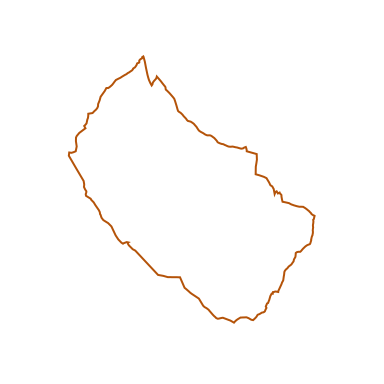 Iacobeni, Suceava, Romania, rotated 59°
{"feature_id": "2599482B55221008009408", "entity_name": "Iacobeni", "entity_type": "district", "adm_level": 2, "iso_a3": "ROU", "parent_name": "Romania", "parent_adm1": "Suceava", "projection": "natural_earth1", "projection_center": [25.302, 47.433], "detail": "fine", "context": "isolated", "style": "outline", "palette": "amber", "viewbox_px": 384, "rotation_deg": 59, "n_neighbors": 0, "source": "geoboundaries", "source_scale": "gbopen_adm2", "svg_char_len": 5211}
<svg xmlns="http://www.w3.org/2000/svg" viewBox="0 0 384 384"><g transform="rotate(59 192 192)"><path d="M94.9,276.9L95.2,277.1L96.2,277.9L97.5,278.9L112.1,279.1L126.7,279.2L129.8,280.4L130.7,281.0L131.3,281.4L132.0,282.0L132.9,282.1L134.8,282.3L136.5,282.2L137.0,282.2L138.0,282.9L139.1,284.2L140.7,284.8L145.6,282.3L146.8,282.4L150.3,281.6L152.0,281.6L153.3,281.6L159.5,281.2L161.7,281.4L163.7,282.2L164.4,282.1L167.4,282.8L170.3,282.5L171.6,281.9L175.5,279.9L180.0,278.8L189.9,279.8L192.2,279.7L194.7,279.6L199.1,278.6L200.7,277.8L200.6,277.5L201.3,273.8L202.2,272.8L202.4,272.6L202.4,273.3L203.6,273.6L205.2,273.6L207.2,273.1L208.4,272.8L210.5,272.3L211.5,271.7L213.0,270.8L245.6,263.8L249.1,259.8L252.5,256.6L258.9,246.2L270.3,247.7L271.9,247.1L275.6,245.9L277.1,245.5L278.9,244.8L286.9,241.0L295.3,241.0L297.1,240.5L299.0,239.4L301.5,238.4L302.5,238.3L307.7,237.4L309.5,237.0L310.5,236.7L311.3,236.4L312.2,236.3L312.9,235.9L313.9,235.2L314.4,234.1L314.5,233.6L315.2,231.5L315.7,230.3L321.0,226.1L322.0,225.3L325.6,223.3L325.2,222.1L324.7,219.9L324.6,217.9L324.6,215.1L327.5,209.8L329.4,208.4L332.0,207.0L333.3,205.6L332.8,203.2L332.3,201.4L331.9,200.5L331.2,199.3L331.1,198.7L331.3,197.7L331.4,197.1L331.4,196.6L331.4,195.4L331.4,194.7L331.4,194.1L331.9,192.9L331.9,192.3L332.0,191.7L331.7,190.8L331.1,190.1L330.6,189.4L329.8,188.0L329.5,187.8L329.2,187.8L328.9,187.8L328.5,187.8L328.1,187.7L327.5,186.8L326.8,185.9L326.3,185.2L326.2,185.0L326.2,184.5L326.3,183.9L324.8,182.1L324.6,181.7L321.5,178.4L320.1,176.0L320.8,175.2L320.1,174.6L319.5,174.1L319.9,173.3L320.0,172.5L320.4,171.5L321.3,170.5L322.1,169.6L321.3,169.0L320.3,167.5L319.9,166.9L317.6,163.5L316.8,162.4L316.0,161.5L315.1,159.9L314.7,159.3L311.5,156.7L310.5,155.8L308.8,154.5L308.2,154.1L307.8,153.6L307.5,153.2L306.8,151.5L306.5,149.6L305.7,147.6L305.6,146.8L305.4,144.8L305.2,143.9L304.4,142.2L303.8,140.7L302.8,139.8L302.3,139.3L301.4,137.7L300.9,136.8L299.9,136.0L298.8,135.2L298.3,134.9L297.7,134.4L297.6,132.9L298.1,131.5L299.0,130.0L298.8,129.0L298.4,127.9L297.8,126.1L297.1,123.1L297.0,122.3L296.9,120.6L297.2,118.8L297.4,117.9L297.0,117.2L296.5,116.5L296.1,116.2L295.1,115.0L294.5,114.5L294.3,114.5L292.3,112.6L291.6,111.8L291.3,111.2L290.7,110.7L289.4,109.5L288.1,108.7L287.0,108.2L286.1,107.5L285.3,106.9L285.2,106.8L284.6,106.3L284.2,106.2L283.2,105.7L282.7,105.4L281.7,104.6L281.5,104.4L281.3,104.2L280.9,103.9L280.3,103.5L280.1,103.3L278.9,102.7L278.3,102.5L278.2,102.2L278.0,101.6L277.5,101.1L276.3,99.9L275.6,99.2L275.2,99.4L274.8,99.7L274.5,100.0L274.1,100.2L273.5,100.4L273.0,100.7L272.5,100.9L272.2,100.9L271.3,100.9L269.9,101.3L268.7,101.5L267.4,102.0L265.9,102.5L264.0,103.3L261.9,104.4L261.2,105.5L259.9,107.6L258.1,109.5L255.7,111.7L254.9,112.3L253.9,113.2L252.9,113.8L251.5,114.6L248.9,117.3L247.0,119.4L246.7,119.3L245.0,118.8L242.1,117.7L240.8,117.0L240.5,116.9L239.8,117.0L239.0,117.3L238.4,117.3L237.6,117.2L237.5,119.1L235.0,119.1L234.9,120.0L235.2,120.7L236.3,122.2L234.7,121.6L231.4,120.4L229.9,120.4L228.7,120.3L227.9,120.6L226.8,121.2L226.0,121.3L224.8,121.1L223.4,121.0L218.5,121.0L216.0,122.6L214.1,124.2L212.1,125.9L209.6,128.3L206.4,126.3L203.2,124.3L200.5,122.0L197.7,119.7L192.8,117.0L185.3,124.1L184.6,123.7L182.7,123.0L181.1,122.7L180.8,124.4L180.9,125.7L180.6,126.6L180.2,127.5L179.3,128.4L178.1,129.5L177.1,130.4L175.9,131.8L174.6,133.1L173.9,133.9L173.2,135.4L172.2,136.9L171.1,137.9L170.2,138.5L169.3,139.1L168.4,139.8L167.5,140.3L167.1,140.6L166.1,141.8L164.8,142.9L163.1,144.1L162.3,144.4L160.8,144.4L159.2,144.7L157.2,145.1L155.8,145.7L154.1,146.4L153.1,147.0L152.4,147.8L151.6,149.3L150.8,150.2L149.3,151.2L147.5,152.0L145.0,153.5L143.3,154.3L142.2,154.5L140.0,154.6L138.6,154.6L137.5,154.8L135.9,155.1L134.6,155.3L134.0,155.5L132.4,156.2L131.0,156.9L130.4,157.5L129.8,158.1L129.0,158.9L128.3,159.1L127.6,159.3L126.4,159.3L125.3,159.5L122.7,160.1L120.8,160.3L118.2,161.0L116.7,161.8L115.4,162.2L113.9,161.9L112.1,161.4L109.5,160.7L105.0,159.6L102.9,159.2L101.2,159.4L98.8,159.8L95.5,160.4L91.9,161.3L90.8,161.7L90.0,161.5L89.1,161.0L87.8,160.7L87.0,160.9L84.7,161.2L83.2,161.4L81.2,161.6L78.8,162.0L74.9,162.7L75.5,163.3L76.4,164.5L77.3,167.5L78.1,169.3L79.3,170.4L79.9,171.7L77.1,171.6L73.8,171.2L71.4,170.6L68.6,169.8L61.9,167.5L56.0,165.3L51.1,163.9L50.7,163.9L50.8,164.5L50.8,165.3L51.2,165.5L51.6,165.7L51.7,166.1L51.6,167.2L51.7,168.1L51.8,168.6L52.1,169.3L52.3,169.6L52.9,170.0L53.5,170.2L53.8,170.5L53.8,171.2L53.6,172.1L53.5,172.8L53.9,173.3L54.4,173.8L55.1,175.1L55.8,176.7L55.8,177.7L55.9,178.9L56.2,179.1L56.8,180.5L56.9,181.3L57.0,183.5L57.1,184.3L57.0,185.4L57.0,186.2L57.2,187.2L57.2,188.0L57.1,189.2L57.1,190.5L57.1,192.7L57.2,194.5L57.1,195.6L57.0,196.6L56.8,199.6L57.0,200.1L57.8,202.2L58.5,203.8L59.1,205.5L59.6,208.3L59.7,209.5L59.7,210.4L59.2,211.0L58.8,211.9L60.2,214.3L60.4,214.6L63.0,220.6L63.3,221.3L63.7,221.7L65.9,224.0L68.3,227.2L69.5,228.0L70.0,228.3L71.1,229.7L71.9,231.6L72.4,234.1L73.1,236.6L71.5,240.6L73.4,241.8L75.0,243.1L76.0,244.4L78.9,247.1L79.7,249.5L79.9,250.4L82.5,250.5L83.3,258.2L84.6,261.9L85.6,263.4L88.6,265.3L93.6,267.4L97.2,270.7L96.9,272.9L96.6,274.1L96.3,275.2L95.1,276.6L94.9,276.9Z" fill="none" stroke="#b45309" stroke-width="2"/></g></svg>